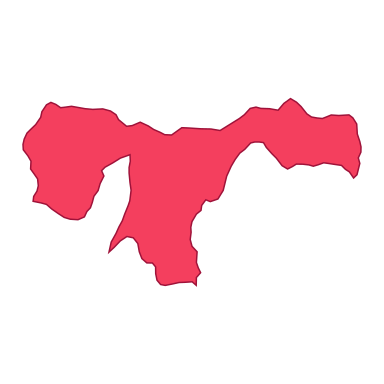 Americano do Brasil, Goiás, Brazil
{"feature_id": "56859067B95851726668202", "entity_name": "Americano do Brasil", "entity_type": "district", "adm_level": 2, "iso_a3": "BRA", "parent_name": "Brazil", "parent_adm1": "Goiás", "projection": "natural_earth1", "projection_center": [-49.994, -16.275], "detail": "fine", "context": "isolated", "style": "filled", "palette": "rose", "viewbox_px": 384, "rotation_deg": 0, "n_neighbors": 0, "source": "geoboundaries", "source_scale": "gbopen_adm2", "svg_char_len": 2097}
<svg xmlns="http://www.w3.org/2000/svg" viewBox="0 0 384 384"><path d="M353.6,178.0L357.0,174.7L359.8,163.4L358.3,157.9L360.9,152.1L361.0,146.9L359.8,141.5L357.3,134.0L356.7,124.0L352.8,117.8L349.0,114.9L338.8,115.5L331.2,115.0L326.8,116.8L322.4,118.5L317.1,118.0L311.5,117.0L306.9,113.9L301.1,106.6L296.5,102.2L290.5,98.6L283.9,103.4L278.1,110.2L269.5,108.7L260.8,108.4L256.0,107.1L250.2,108.4L244.4,114.7L239.4,118.5L220.1,130.5L210.9,129.0L201.0,128.8L188.7,128.0L181.8,127.7L171.6,135.0L164.7,134.7L160.1,132.3L153.7,129.5L148.4,126.0L140.2,122.2L132.2,125.6L126.6,126.3L118.5,119.6L116.0,114.7L110.5,111.0L102.8,108.9L92.8,109.4L85.1,108.7L71.5,106.3L65.1,107.2L60.6,107.7L55.8,104.4L50.9,102.4L46.5,104.8L41.9,111.7L40.7,117.3L35.7,124.6L30.8,129.3L27.0,133.1L24.2,139.1L23.0,144.4L23.3,149.8L27.9,155.8L31.0,161.2L30.6,169.0L34.2,174.0L37.6,178.9L38.3,185.8L37.0,191.1L33.7,196.4L33.1,201.3L41.0,202.9L46.5,204.4L51.6,208.9L58.2,213.5L64.2,217.4L70.2,219.2L78.0,219.7L84.4,216.9L86.9,211.5L90.4,207.8L92.3,202.4L93.9,196.3L98.1,190.6L100.1,183.6L103.9,176.0L101.6,170.7L105.0,167.2L112.9,162.8L120.4,158.1L130.0,154.7L130.3,161.2L129.1,167.5L129.1,173.0L130.0,182.6L131.1,190.3L129.8,200.8L128.2,205.5L124.7,214.1L122.3,220.8L119.0,226.8L116.0,233.5L111.2,242.1L109.0,252.1L114.2,247.3L120.3,240.9L126.9,236.5L133.3,237.8L137.8,243.5L139.3,251.8L141.9,258.6L146.8,262.9L152.4,263.0L155.6,266.9L155.7,273.7L157.0,280.2L160.6,284.5L165.2,285.4L172.3,284.0L179.1,282.5L184.5,282.3L192.2,281.8L196.2,285.3L196.4,277.5L200.6,272.7L198.2,267.7L196.4,262.5L197.1,251.8L192.0,246.3L190.2,239.5L191.1,232.3L190.8,227.3L192.0,221.6L196.4,214.1L201.0,210.4L201.7,205.4L205.8,199.8L210.3,201.6L217.9,199.0L223.2,190.4L226.7,176.1L231.2,166.2L235.2,159.4L239.8,153.1L244.8,149.3L250.6,143.0L254.7,142.0L259.3,142.0L263.5,142.6L266.3,147.4L271.9,153.7L276.3,158.1L282.1,165.7L287.6,169.0L292.5,166.5L296.3,164.1L302.7,164.2L308.9,164.9L313.3,166.2L318.4,164.7L323.7,162.8L328.2,163.4L334.7,164.4L341.5,165.4L345.4,169.3L349.4,171.9L353.6,178.0Z" fill="#f43f5e" stroke="#9f1239" stroke-width="1.5"/></svg>